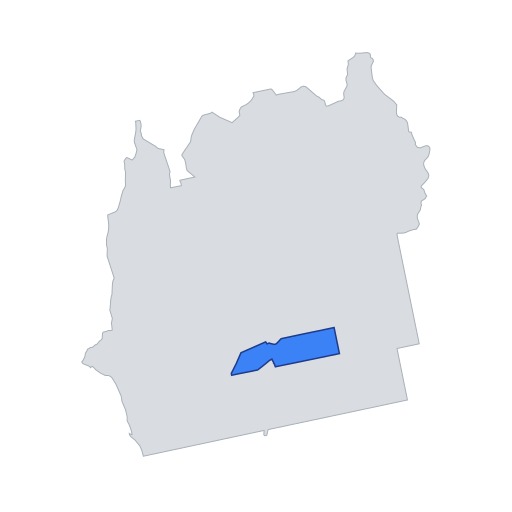 Dongola, Northern, Sudan (highlighted), rotated 168°
{"feature_id": "16777658B3318260280309", "entity_name": "Dongola", "entity_type": "district", "adm_level": 2, "iso_a3": "SDN", "parent_name": "Sudan", "parent_adm1": "Northern", "projection": "robinson", "projection_center": [30.297, 19.219], "detail": "fine", "context": "in_parent", "style": "filled", "palette": "blue", "viewbox_px": 512, "rotation_deg": 168, "n_neighbors": 0, "source": "geoboundaries", "source_scale": "gbopen_adm2", "svg_char_len": 4764}
<svg xmlns="http://www.w3.org/2000/svg" viewBox="0 0 512 512"><g transform="rotate(168 256 256)"><path d="M345.9,412.9L341.5,412.8L341.1,411.7L341.1,408.5L341.6,406.1L343.2,402.3L342.8,400.3L343.0,397.3L341.9,393.9L331.5,384.2L329.5,381.6L323.9,379.1L324.8,376.4L322.5,356.5L323.6,354.2L323.9,350.8L323.9,347.7L325.2,342.6L325.4,340.5L314.4,340.3L314.2,342.5L314.8,345.0L314.7,345.9L299.4,346.0L305.6,353.8L305.8,357.2L305.5,361.5L305.6,364.2L306.0,366.0L307.6,369.5L307.5,370.1L307.1,370.9L296.3,381.3L294.5,386.1L293.0,388.7L289.9,392.9L279.9,404.0L278.3,404.7L270.8,405.1L270.0,405.4L269.4,405.9L269.1,405.8L262.6,399.3L251.7,391.4L244.5,395.5L242.5,397.0L242.5,400.8L241.4,402.7L239.5,404.8L234.2,406.1L231.4,407.3L228.1,409.4L224.8,412.9L224.6,414.8L225.0,416.4L206.6,416.3L205.4,415.0L202.7,409.2L200.8,409.5L184.1,408.9L181.7,409.5L176.9,411.9L174.5,412.3L172.0,411.2L163.2,399.6L161.3,398.2L159.3,395.5L157.4,394.3L156.8,393.4L156.6,392.2L156.7,389.6L156.1,388.0L154.7,387.7L142.8,390.3L141.1,390.0L138.6,390.5L137.8,391.0L136.8,392.5L136.6,395.7L136.3,397.3L135.4,399.0L132.0,402.9L131.2,404.6L131.4,408.9L131.1,411.1L130.6,412.1L129.1,413.8L128.6,414.8L128.0,420.3L126.1,423.6L125.7,424.8L125.6,427.2L125.3,427.9L119.9,429.9L117.9,431.1L116.7,433.0L116.4,433.8L114.1,433.1L111.2,432.6L105.6,432.0L103.4,431.1L102.3,429.8L102.6,426.5L102.1,425.7L101.2,425.2L100.6,423.7L100.7,422.0L103.7,418.1L104.3,416.0L105.1,406.3L104.9,403.4L102.6,397.9L97.3,388.5L96.0,386.7L89.3,379.0L88.6,377.8L86.9,374.6L88.8,367.4L88.9,365.4L88.5,363.4L86.8,361.9L85.3,361.7L83.3,359.8L82.0,358.9L80.9,357.2L80.1,354.9L80.7,346.4L80.3,345.3L78.6,345.0L78.2,344.4L78.3,342.8L77.4,338.0L76.4,334.0L77.0,331.8L75.6,328.8L72.9,327.6L67.5,328.5L65.8,328.4L64.7,327.8L63.9,326.7L63.5,325.4L63.9,323.5L65.4,319.9L67.3,317.0L71.2,314.3L72.3,312.9L72.9,311.3L73.0,309.5L72.7,307.5L72.3,305.8L71.2,303.5L70.2,300.7L70.2,298.9L70.7,297.6L71.7,296.0L75.6,292.9L79.5,290.3L80.2,289.4L79.9,288.3L78.1,286.2L77.6,282.1L76.6,279.2L78.6,277.0L80.1,276.3L82.4,275.6L83.3,274.7L83.6,273.0L83.5,271.3L84.4,270.1L85.5,267.4L86.4,266.2L89.4,263.1L90.1,261.1L90.3,259.2L89.5,253.4L91.3,251.0L93.5,248.9L96.7,249.1L101.6,248.6L105.0,247.8L107.4,247.8L112.8,248.9L113.4,248.4L113.7,246.9L114.6,136.2L137.1,136.2L137.3,136.0L137.8,83.7L279.2,83.7L280.4,83.5L282.6,78.6L283.6,78.2L285.0,78.5L285.5,79.7L284.3,83.7L407.8,83.6L408.1,89.6L409.1,94.4L412.7,101.3L415.7,104.9L416.8,107.0L416.9,107.9L416.8,108.8L415.9,107.8L414.4,107.1L414.2,110.3L415.0,116.9L416.3,121.5L415.4,125.7L415.6,132.9L417.3,141.5L417.0,147.1L419.7,159.9L422.3,167.1L423.7,168.8L425.3,169.8L428.2,170.4L432.7,174.0L436.2,177.8L437.4,179.9L439.1,182.1L440.3,181.7L441.0,181.1L442.1,182.9L447.7,186.7L448.5,188.5L446.6,190.2L444.3,193.2L443.2,196.0L442.6,196.9L440.8,198.7L440.5,199.5L439.7,200.1L438.9,200.1L437.0,201.0L435.3,200.7L433.6,201.3L433.0,201.9L431.6,202.5L429.8,202.8L426.9,205.2L424.4,206.4L423.6,207.3L422.3,212.0L421.4,213.3L417.7,213.4L415.9,213.8L413.4,213.3L412.2,213.3L411.9,214.3L411.5,218.4L411.5,220.1L409.5,224.7L410.2,233.4L408.2,239.8L407.9,241.3L406.0,246.4L404.9,248.3L402.4,257.9L401.4,260.8L399.3,263.9L401.7,286.9L399.9,294.0L399.9,297.8L398.7,303.5L397.7,306.1L396.0,309.3L394.6,312.8L393.5,317.5L392.7,326.3L392.3,327.1L385.7,328.2L383.6,328.8L382.2,329.8L380.5,332.1L377.2,338.3L375.5,342.1L372.7,347.3L369.5,351.0L368.8,352.8L368.3,356.1L367.1,361.4L366.1,365.2L366.3,368.2L365.3,373.4L365.4,376.0L364.3,377.4L362.8,378.8L361.8,379.1L357.1,375.6L353.9,378.0L351.9,381.4L350.3,384.8L351.3,392.1L351.2,393.7L350.7,395.4L347.7,402.6L346.8,405.8L345.9,411.5L345.9,412.9Z" fill="#d9dde1" stroke="#a8b0b8" stroke-width="1"/><path d="M304.6,144.4L303.8,144.4L302.6,144.4L297.0,144.4L285.3,144.2L284.2,144.2L278.0,144.2L272.7,146.8L269.3,148.5L265.0,150.8L264.7,150.9L264.2,151.2L263.7,151.2L263.5,151.3L263.2,151.4L263.0,151.5L262.9,151.5L262.6,151.6L262.4,151.5L262.2,151.7L262.0,151.9L261.8,151.9L261.7,151.6L261.8,151.2L261.7,150.7L261.6,150.4L261.5,150.1L261.4,149.8L261.4,149.7L261.3,149.3L261.0,148.8L260.9,148.4L260.9,148.1L261.1,147.6L260.7,147.0L260.5,146.5L260.5,145.9L260.4,145.5L260.3,145.1L260.3,144.7L260.2,144.3L260.2,144.1L260.2,143.9L260.1,143.6L256.0,143.6L246.7,143.5L234.3,143.4L232.3,143.4L197.7,143.2L196.3,143.2L194.9,143.2L194.7,143.2L194.7,143.3L194.5,169.8L194.8,169.8L195.6,169.8L210.0,169.8L223.3,169.9L233.8,169.9L240.7,169.9L244.3,169.9L247.7,169.9L248.8,169.8L251.7,167.7L254.6,165.8L256.6,165.8L259.0,166.9L261.2,168.1L263.6,167.8L263.7,168.2L263.8,168.5L263.9,168.8L264.1,169.3L264.4,170.0L290.8,164.5L293.1,161.3L296.2,157.0L297.5,155.1L303.6,147.5L304.5,146.4L304.6,145.7L304.6,145.4L304.6,144.4L304.6,144.4Z" fill="#3b82f6" stroke="#1e3a8a" stroke-width="1.5"/></g></svg>